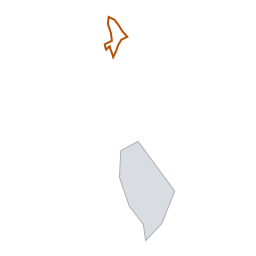 Carriacou and Petite Martinique on a map of Grenada (orthographic projection), rotated 317°
{"feature_id": "GRD-5069", "entity_name": "Carriacou and Petite Martinique", "entity_type": "Dependency", "adm_level": 1, "iso_a3": "GRD", "parent_name": "Grenada", "parent_adm1": "", "projection": "orthographic", "projection_center": [-61.462, 12.485], "detail": "fine", "context": "in_parent", "style": "outline", "palette": "amber", "viewbox_px": 256, "rotation_deg": 317, "n_neighbors": 0, "source": "natural_earth", "source_scale": "10m", "svg_char_len": 550}
<svg xmlns="http://www.w3.org/2000/svg" viewBox="0 0 256 256"><g transform="rotate(317 128 128)"><path d="M87.7,220.9L64.1,222.4L73.5,209.0L75.6,186.2L88.0,158.4L107.3,139.6L126.2,144.6L119.1,206.0L87.7,220.9Z" fill="#d9dde1" stroke="#a8b0b8" stroke-width="1"/><path d="M189.6,60.8L183.4,58.9L177.4,60.6L171.5,63.7L165.5,66.0L166.7,63.7L169.1,58.0L170.3,55.8L169.2,55.6L165.5,55.8L166.0,54.4L168.1,50.9L175.7,53.2L180.3,46.9L184.2,38.3L189.6,33.6L191.9,39.5L191.3,46.1L189.9,53.3L189.6,60.8Z" fill="none" stroke="#b45309" stroke-width="2"/></g></svg>